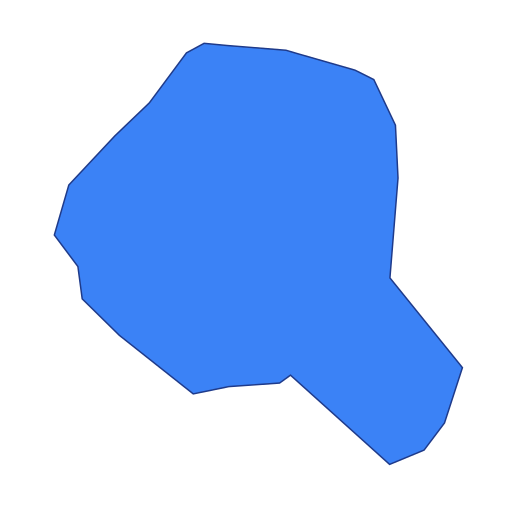 outline of Banks, Georgia, United States of America, rotated 357°
{"feature_id": "52423323B95663271453057", "entity_name": "Banks", "entity_type": "district", "adm_level": 2, "iso_a3": "USA", "parent_name": "United States of America", "parent_adm1": "Georgia", "projection": "albers", "projection_center": [-83.504, 34.345], "detail": "fine", "context": "isolated", "style": "filled", "palette": "blue", "viewbox_px": 512, "rotation_deg": 357, "n_neighbors": 0, "source": "geoboundaries", "source_scale": "gbopen_adm2", "svg_char_len": 471}
<svg xmlns="http://www.w3.org/2000/svg" viewBox="0 0 512 512"><g transform="rotate(357 256 256)"><path d="M121.4,128.6L72.8,175.3L55.7,224.5L77.6,257.2L80.2,289.7L115.4,328.1L186.1,390.4L222.0,385.0L272.9,384.1L284.2,376.8L378.5,471.1L413.7,458.6L435.5,432.6L456.3,378.3L388.6,284.9L401.9,185.6L402.1,132.7L382.9,86.0L364.6,75.6L308.9,56.4L296.7,52.1L238.3,44.3L215.3,40.9L197.2,49.5L157.5,97.5L121.4,128.6Z" fill="#3b82f6" stroke="#1e3a8a" stroke-width="1.5"/></g></svg>